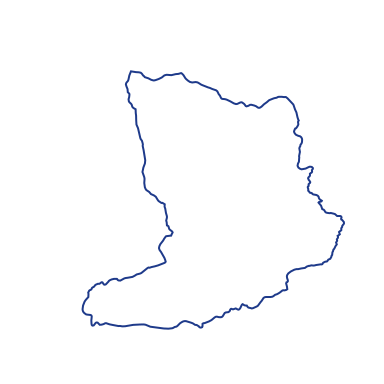 Chima, Santander, Colombia, rotated 254°
{"feature_id": "7082276B29202754493362", "entity_name": "Chima", "entity_type": "district", "adm_level": 2, "iso_a3": "COL", "parent_name": "Colombia", "parent_adm1": "Santander", "projection": "mercator", "projection_center": [-73.411, 6.385], "detail": "fine", "context": "isolated", "style": "outline", "palette": "blue", "viewbox_px": 384, "rotation_deg": 254, "n_neighbors": 0, "source": "geoboundaries", "source_scale": "gbopen_adm2", "svg_char_len": 5945}
<svg xmlns="http://www.w3.org/2000/svg" viewBox="0 0 384 384"><g transform="rotate(254 192 192)"><path d="M324.8,166.6L321.3,163.9L317.4,161.8L316.4,161.0L315.3,159.3L314.6,158.6L313.6,158.1L311.6,158.1L308.7,158.4L305.7,157.8L303.8,158.8L302.8,158.7L300.4,157.7L298.7,156.6L296.5,156.3L295.5,156.6L293.5,157.8L292.5,158.1L290.5,158.1L289.6,158.4L288.5,159.2L287.1,160.6L283.4,159.7L280.8,159.3L276.2,158.1L272.1,157.2L268.2,157.7L258.5,157.2L257.4,157.2L255.0,158.0L252.8,158.0L251.3,157.9L249.9,157.3L245.5,157.0L235.4,155.8L232.4,154.6L228.9,152.0L224.9,149.9L219.4,150.2L217.7,150.0L213.8,148.6L209.5,148.0L207.4,148.3L206.4,148.7L203.8,150.9L201.3,152.0L199.3,154.4L197.4,155.9L193.7,156.9L192.5,157.4L189.9,159.6L189.7,160.6L187.7,162.4L185.8,161.7L185.1,161.6L183.4,161.7L179.1,161.2L175.6,161.2L174.2,160.8L171.6,159.3L169.9,159.3L166.8,158.7L166.5,159.2L165.5,159.9L162.9,159.9L162.1,160.2L159.4,162.1L158.4,162.2L157.2,161.0L155.8,159.9L156.0,159.1L156.6,155.1L156.5,154.6L154.8,152.4L153.3,150.9L150.6,147.2L148.9,145.7L147.2,144.8L146.0,144.8L145.0,144.9L142.9,145.7L136.3,147.3L134.1,147.5L132.3,147.5L131.7,146.9L131.4,145.6L130.8,139.1L130.8,135.7L131.0,132.4L130.9,130.4L131.4,129.3L131.1,128.1L128.1,121.0L127.9,119.6L128.0,116.1L127.3,113.8L126.8,111.4L127.3,106.5L127.6,104.5L127.6,103.1L126.6,98.7L127.2,97.1L127.6,96.6L128.2,96.2L128.9,96.1L129.2,95.8L130.0,93.1L130.1,90.6L129.8,88.6L129.4,87.5L128.9,87.0L127.0,83.8L126.9,83.0L127.1,82.1L127.6,81.8L128.2,81.5L129.8,81.0L130.1,80.5L130.1,79.9L129.5,78.5L129.3,77.5L129.7,76.1L129.4,73.9L129.0,73.0L128.3,72.2L127.8,71.2L127.7,70.2L127.3,69.4L126.1,68.4L125.8,67.4L125.8,66.7L125.5,66.0L123.9,64.5L122.6,64.4L119.6,63.4L117.6,60.2L116.3,58.6L112.9,56.0L109.5,54.5L108.1,54.3L106.9,54.4L105.3,55.1L104.3,55.9L103.6,56.4L103.1,57.3L101.7,60.7L100.9,61.3L99.9,61.3L96.2,59.8L93.1,59.1L91.9,59.0L91.2,59.3L90.9,59.7L90.9,60.8L92.7,63.3L92.9,64.0L92.8,64.6L92.4,65.3L89.8,66.7L89.4,68.5L89.4,70.7L89.7,71.9L89.7,72.8L89.5,73.4L87.5,76.3L85.7,79.8L83.4,84.4L83.1,85.8L82.1,87.9L81.4,90.6L80.5,98.8L79.0,105.3L78.0,109.1L77.2,110.8L74.0,114.8L68.6,127.2L67.1,131.7L66.5,135.3L66.5,136.1L67.0,138.2L66.9,140.0L67.3,141.1L69.1,144.3L69.7,146.2L70.0,147.7L70.0,149.0L69.6,150.5L66.9,154.7L65.6,156.5L63.4,158.4L62.9,159.8L60.9,161.6L60.1,161.8L59.4,162.6L59.2,163.5L59.3,164.5L60.1,165.1L62.4,165.8L62.7,166.7L62.5,168.0L62.9,172.6L63.5,175.4L65.2,179.2L65.5,180.5L65.3,181.6L64.4,183.1L63.8,184.7L63.6,186.0L63.9,186.9L64.3,187.5L66.7,190.1L66.9,191.3L66.5,193.8L66.9,195.0L67.5,195.8L68.4,196.3L68.9,197.2L68.8,197.8L67.9,199.0L68.0,202.0L66.6,203.4L66.1,204.2L66.2,205.2L67.3,206.6L69.4,208.4L70.0,209.1L70.2,209.8L68.9,210.9L68.3,211.7L67.7,213.4L66.7,213.6L65.4,214.3L64.0,216.8L63.6,217.3L63.5,218.5L64.1,222.7L64.5,224.0L67.2,227.5L68.2,229.0L70.4,231.5L70.8,232.7L70.7,234.2L69.4,238.5L69.2,240.5L69.5,241.7L70.3,243.6L70.3,245.3L70.7,247.2L71.3,249.1L72.4,251.7L72.4,252.6L72.0,253.5L71.9,254.6L71.9,255.6L72.3,256.8L74.8,257.2L78.2,257.3L79.1,257.9L79.2,258.8L79.9,259.6L80.9,259.8L83.2,259.7L84.9,260.0L85.8,260.5L87.2,262.1L88.4,265.2L89.1,268.9L89.1,270.2L89.0,271.5L88.6,272.7L88.4,276.0L87.9,279.6L88.7,281.9L88.8,284.0L88.6,284.5L88.6,286.5L87.8,288.5L87.6,289.8L87.6,291.1L87.0,295.7L86.7,296.6L86.7,297.4L87.4,298.0L87.9,298.8L88.3,300.9L88.1,301.9L88.1,302.8L89.4,304.4L89.7,306.5L91.3,308.1L92.3,308.6L92.9,309.4L95.4,310.4L96.0,311.1L97.7,312.1L98.1,312.9L98.9,313.7L100.4,315.0L101.7,316.7L103.8,316.6L105.1,318.1L106.6,318.2L107.8,319.7L108.7,320.0L109.7,319.9L110.2,321.5L110.6,322.4L113.0,322.3L113.5,323.2L113.7,324.1L114.2,325.0L116.0,325.5L117.0,326.7L117.9,327.0L118.6,327.8L119.1,328.7L120.0,329.5L121.3,329.7L123.8,328.6L124.5,327.9L125.3,328.0L126.3,328.7L127.3,328.7L128.1,327.8L128.9,324.9L131.3,323.4L132.0,322.4L133.6,319.6L133.6,318.8L134.1,317.5L134.8,316.0L135.4,315.1L136.4,314.5L137.8,314.2L138.8,313.6L139.6,312.5L143.3,312.3L146.9,310.7L147.3,311.2L147.3,313.9L147.8,314.4L149.8,312.7L151.2,312.3L152.5,312.4L153.7,311.9L154.8,310.8L156.3,307.8L157.0,307.2L157.7,307.0L158.3,306.3L158.6,305.4L159.2,304.9L160.1,304.8L160.8,304.2L161.4,304.1L162.9,304.6L164.3,304.5L165.3,304.9L165.6,305.7L166.6,306.1L167.3,306.2L167.7,306.8L168.2,307.9L168.9,308.4L170.5,308.0L171.6,307.5L173.3,307.4L174.1,308.2L174.7,309.4L175.5,310.0L177.1,310.4L177.8,312.5L178.3,313.0L180.0,313.3L181.0,314.6L181.7,314.8L183.0,314.1L183.5,313.2L183.9,311.9L183.7,310.4L183.2,307.7L183.6,303.6L184.7,302.1L186.2,301.0L188.1,300.7L190.1,301.7L191.6,303.1L195.9,304.7L196.9,304.8L200.8,306.8L204.4,307.2L205.4,307.8L205.9,308.5L207.6,309.4L208.4,310.6L209.7,311.5L212.0,312.3L213.1,312.4L214.5,312.1L215.7,311.3L216.8,309.5L218.4,307.7L219.9,307.0L221.1,306.7L222.2,306.8L224.1,308.2L224.6,308.8L224.5,309.3L224.8,309.9L225.9,311.3L227.3,312.6L227.8,312.9L230.1,313.2L231.4,314.3L231.8,314.1L234.7,314.0L239.7,314.3L242.9,313.8L247.2,313.6L248.2,313.5L255.8,309.6L257.4,308.4L257.7,307.5L257.8,306.7L258.7,304.7L259.6,301.7L259.6,300.5L259.3,299.4L259.5,296.9L259.4,295.4L259.0,291.5L257.7,288.7L256.5,285.4L254.9,282.4L254.4,280.8L254.4,279.6L255.1,278.5L256.6,277.4L257.9,275.8L259.5,273.1L259.8,271.9L259.3,269.9L259.3,268.0L259.9,267.3L261.4,266.8L262.3,266.4L264.2,264.9L264.6,264.3L264.7,263.7L264.7,262.7L264.2,259.9L264.4,258.5L265.7,256.6L268.5,253.9L271.3,250.7L272.2,249.2L273.1,246.9L273.6,246.2L274.5,245.8L277.1,245.4L278.5,244.7L281.8,244.1L283.2,243.1L285.4,239.9L287.1,237.9L288.1,236.3L291.8,231.5L292.6,230.5L295.2,228.2L295.9,227.4L296.7,225.8L297.2,222.4L298.4,220.3L300.2,218.8L302.0,217.6L303.2,217.0L306.7,216.0L308.6,215.0L309.3,214.3L309.3,211.4L309.8,208.8L310.0,204.4L311.6,200.1L311.7,199.4L311.7,197.6L310.4,194.5L309.8,191.1L309.6,187.8L309.7,186.1L310.1,185.3L311.1,183.7L313.3,181.4L315.4,178.3L316.6,177.8L317.3,177.2L319.6,176.4L320.8,175.6L321.7,173.9L322.7,171.1L324.8,166.6Z" fill="none" stroke="#1e3a8a" stroke-width="2"/></g></svg>